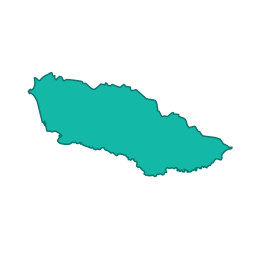 the district of Aiguá, Maldonado, Uruguay, rotated 105°
{"feature_id": "84410073B87742847582616", "entity_name": "Aiguá", "entity_type": "district", "adm_level": 2, "iso_a3": "URY", "parent_name": "Uruguay", "parent_adm1": "Maldonado", "projection": "orthographic", "projection_center": [-54.554, -34.619], "detail": "fine", "context": "isolated", "style": "filled", "palette": "teal", "viewbox_px": 256, "rotation_deg": 105, "n_neighbors": 0, "source": "geoboundaries", "source_scale": "gbopen_adm2", "svg_char_len": 5890}
<svg xmlns="http://www.w3.org/2000/svg" viewBox="0 0 256 256"><g transform="rotate(105 128 128)"><path d="M101.6,87.9L101.6,89.1L105.8,92.1L106.8,93.0L107.0,95.1L107.0,96.3L107.7,97.0L108.1,98.0L107.6,99.0L103.8,102.4L103.8,103.8L101.1,104.7L97.6,106.3L95.5,107.4L94.7,108.6L94.3,110.9L95.0,115.8L94.8,118.6L94.0,119.9L89.0,129.8L89.2,130.8L90.1,132.1L90.8,133.7L90.6,135.0L89.9,135.7L88.7,135.9L87.9,136.5L88.3,139.0L88.3,141.3L87.3,142.3L87.1,143.2L88.0,144.2L90.1,145.5L90.8,146.3L90.7,149.1L90.0,154.6L91.7,155.7L92.1,156.7L92.0,157.8L91.5,158.9L90.6,159.7L90.2,161.0L91.1,161.3L92.3,161.3L92.5,165.5L96.4,168.0L99.4,170.4L99.6,172.0L98.9,174.5L97.7,176.9L95.8,180.3L96.5,182.3L96.2,183.4L95.0,184.6L95.3,188.6L96.6,197.5L97.2,200.1L99.0,202.0L99.1,202.5L96.0,205.2L95.9,207.5L97.4,208.4L98.6,209.3L99.6,209.4L100.1,209.7L99.7,210.7L98.9,211.8L96.6,212.2L96.8,212.6L97.3,213.1L97.1,214.1L94.8,215.5L94.3,216.1L95.1,217.4L96.7,218.8L98.6,221.1L100.5,222.9L102.0,224.0L104.4,225.2L105.0,225.6L105.3,226.6L104.3,228.5L103.5,230.4L103.9,231.4L107.3,229.9L108.7,229.5L110.5,229.2L113.7,229.3L114.8,229.7L115.0,230.0L115.3,230.0L115.9,230.5L116.0,230.8L116.3,231.0L116.4,231.3L116.4,231.6L116.1,231.7L116.2,231.9L116.0,232.1L116.0,232.5L116.7,232.8L116.8,233.0L117.1,233.0L117.5,233.4L118.7,233.6L118.7,233.2L119.0,232.9L119.4,232.7L120.0,232.8L119.7,232.7L119.6,232.3L120.1,232.3L120.2,232.0L119.9,231.8L119.6,231.5L119.5,230.6L119.6,230.2L120.2,228.6L121.5,226.6L123.4,224.7L125.4,222.9L128.0,221.3L144.7,212.2L144.3,211.6L144.3,211.2L144.2,210.8L143.3,210.1L143.8,209.9L144.2,209.2L145.6,208.4L146.1,208.3L146.3,208.4L146.3,208.8L145.6,209.2L145.1,210.0L145.5,210.4L146.0,210.1L147.0,208.8L147.2,208.1L147.8,207.6L151.1,206.0L151.8,205.5L151.8,204.7L151.7,204.1L151.1,202.9L151.2,202.3L151.5,200.8L151.1,199.7L150.1,198.0L149.8,196.9L149.8,196.2L150.4,195.2L150.8,193.2L151.1,192.4L151.5,191.7L152.6,190.2L152.9,189.5L152.5,191.1L152.5,191.8L152.9,192.5L154.1,192.2L154.3,191.7L154.2,190.8L154.8,191.2L155.3,191.9L156.7,192.5L157.7,192.7L158.9,192.4L159.7,191.6L160.4,189.6L160.2,186.0L160.0,184.4L159.1,181.4L158.4,179.9L157.6,179.3L157.2,178.7L156.3,178.2L156.1,177.9L156.2,177.3L156.1,176.4L156.0,176.1L155.5,175.5L155.4,175.2L155.6,174.6L155.9,174.3L156.1,173.8L155.9,172.8L156.0,172.3L155.7,171.7L154.9,171.2L154.3,170.3L154.3,169.8L154.5,169.4L154.8,169.3L155.0,169.5L154.9,169.9L155.3,170.0L155.5,169.8L155.8,169.4L155.7,169.1L155.4,169.0L155.3,168.7L155.7,167.9L156.1,167.0L156.4,165.5L156.2,165.0L156.5,164.3L156.4,163.7L156.5,163.4L156.5,162.7L156.5,162.1L156.1,161.2L156.1,160.7L156.4,160.6L156.8,160.6L156.9,159.0L156.8,158.0L155.7,157.2L156.3,156.9L157.0,155.8L157.3,153.9L157.2,153.3L156.9,153.1L156.0,151.6L156.0,151.3L156.2,150.5L156.1,149.8L155.5,149.0L154.7,148.8L153.8,148.0L153.3,146.8L153.4,146.1L153.5,145.9L154.8,145.0L154.9,144.6L155.1,143.5L155.0,142.4L155.2,142.0L155.3,141.2L155.6,140.0L156.5,138.6L156.6,138.2L156.4,137.5L156.2,137.4L155.9,136.8L155.8,136.3L155.9,135.9L156.2,135.1L156.5,134.9L156.6,134.0L156.9,133.8L157.0,133.5L157.2,133.2L157.2,132.9L157.6,132.3L157.6,132.0L157.1,131.2L156.8,131.0L156.1,130.9L155.8,130.7L155.7,130.4L155.4,130.1L155.4,129.5L155.1,128.8L155.0,128.4L155.1,128.1L154.9,127.6L155.0,127.3L154.8,126.9L154.9,126.2L155.2,125.2L155.0,124.7L155.1,124.4L154.8,123.9L154.8,123.3L155.0,123.1L155.2,122.6L156.1,122.2L156.2,121.8L156.1,121.7L156.3,121.0L156.4,120.3L156.5,120.0L157.7,119.9L158.0,119.4L158.3,119.3L158.1,119.0L158.2,118.7L158.1,118.3L158.3,117.2L157.7,116.5L157.1,116.4L156.6,115.6L156.8,114.9L157.0,114.6L156.8,114.2L157.7,114.0L158.4,112.6L158.5,111.9L158.2,111.3L158.2,111.0L158.7,110.8L159.0,110.4L159.4,110.1L162.1,110.0L162.6,109.7L163.0,108.8L163.3,108.0L163.2,107.5L162.9,107.1L163.0,106.5L162.9,106.2L163.0,106.1L162.9,105.7L163.9,105.1L164.3,104.0L164.8,103.6L164.9,103.0L165.3,101.9L165.9,100.8L166.9,100.4L167.2,100.4L167.7,100.6L168.3,100.5L168.6,99.5L168.9,98.7L168.5,97.2L168.7,95.3L168.1,93.9L168.0,93.3L167.5,92.6L167.3,91.8L167.3,91.0L167.9,90.1L167.9,89.6L166.9,88.2L165.5,88.1L165.1,87.6L165.1,86.9L163.9,84.9L164.4,82.7L163.9,81.7L163.3,81.3L162.6,81.5L161.5,80.8L161.2,80.5L161.1,79.7L160.8,79.3L160.0,79.6L159.5,80.1L158.1,80.9L157.1,80.5L156.1,79.7L156.3,78.0L156.2,77.4L155.7,76.3L154.9,75.1L155.3,73.5L155.3,72.9L155.0,72.4L154.0,71.8L153.8,71.3L154.1,70.4L154.3,70.2L154.9,69.9L156.2,69.6L156.5,69.2L156.3,68.8L155.3,68.6L154.9,68.4L154.9,68.2L155.0,68.0L155.9,67.7L156.5,67.2L156.5,66.9L156.3,66.3L155.8,66.1L155.6,65.5L154.8,65.4L154.7,65.1L154.8,64.8L156.1,63.9L156.1,63.7L155.9,63.2L156.0,62.8L155.8,62.3L155.3,62.0L154.6,62.1L153.9,62.4L153.6,62.8L153.4,62.8L153.5,61.9L153.5,61.3L153.7,60.8L154.0,60.2L153.9,59.6L154.0,59.1L154.2,58.9L154.6,59.0L154.9,59.6L155.1,59.5L155.2,59.3L155.0,59.0L155.0,58.9L154.9,58.4L154.4,56.8L154.0,56.3L153.3,55.7L153.2,55.3L152.1,55.1L151.9,54.8L151.8,53.8L151.2,52.8L150.5,52.9L150.6,52.3L150.8,52.1L151.6,51.8L151.7,51.5L151.7,51.3L151.0,50.9L150.6,50.8L149.4,51.4L149.1,51.8L148.8,51.7L148.7,51.5L148.8,50.8L148.0,50.0L147.8,49.6L147.9,49.2L148.6,48.3L148.4,47.1L148.0,46.8L147.5,46.9L147.1,47.2L146.9,47.2L146.7,46.9L146.0,46.6L145.9,46.2L146.1,45.8L145.9,45.4L146.3,45.2L146.5,44.9L146.2,44.5L145.7,44.2L145.3,43.8L145.8,43.1L146.0,41.6L145.1,41.5L144.5,40.9L143.6,40.5L143.4,39.9L143.0,39.5L142.8,38.8L141.6,38.7L140.1,38.1L139.7,37.0L135.1,35.4L134.6,32.7L134.9,30.4L134.0,29.5L132.3,29.6L129.8,30.5L129.1,30.3L125.9,28.7L123.9,27.3L122.3,25.2L121.7,23.8L121.2,22.9L120.4,22.4L119.8,22.6L120.0,23.4L120.5,25.1L119.5,27.6L118.6,31.9L116.4,34.3L115.0,36.1L114.7,41.3L116.3,53.5L115.0,55.7L113.2,57.5L112.9,59.8L109.3,63.2L109.2,64.4L111.5,68.4L111.8,69.4L111.2,69.9L110.5,71.2L106.4,73.6L105.0,74.8L104.1,76.9L104.0,79.7L103.8,81.9L102.0,82.5L101.9,83.4L102.6,86.8L102.5,87.7L101.6,87.9Z" fill="#14b8a6" stroke="#0f766e" stroke-width="1.5"/></g></svg>